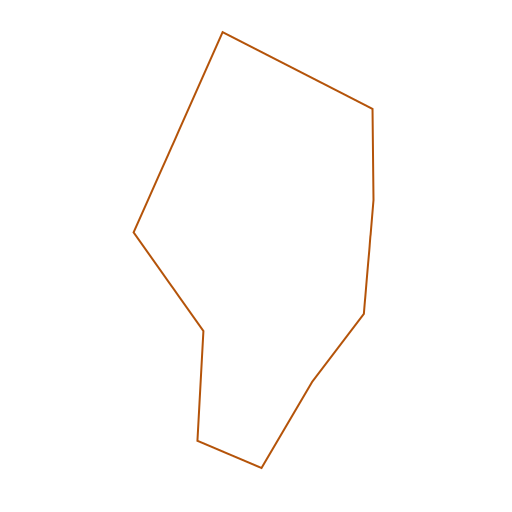 Uliastai, Dzavhan, Mongolia, rotated 203°
{"feature_id": "93677404B17043071055224", "entity_name": "Uliastai", "entity_type": "district", "adm_level": 2, "iso_a3": "MNG", "parent_name": "Mongolia", "parent_adm1": "Dzavhan", "projection": "mercator", "projection_center": [96.861, 47.747], "detail": "fine", "context": "isolated", "style": "outline", "palette": "amber", "viewbox_px": 512, "rotation_deg": 203, "n_neighbors": 0, "source": "geoboundaries", "source_scale": "gbopen_adm2", "svg_char_len": 786}
<svg xmlns="http://www.w3.org/2000/svg" viewBox="0 0 512 512"><g transform="rotate(203 256 256)"><path d="M376.0,341.4L376.1,331.8L376.2,326.1L376.3,324.0L376.3,322.5L376.4,316.0L376.4,314.4L376.5,310.9L376.5,309.4L376.7,300.6L376.7,300.2L376.9,289.8L376.9,289.3L377.2,271.2L377.2,270.8L377.3,263.9L377.9,229.9L368.2,223.9L344.4,209.2L343.1,208.4L326.0,197.8L322.1,195.4L320.4,194.4L317.0,192.3L311.9,189.1L275.1,166.4L237.7,63.0L208.4,63.0L206.0,63.0L168.1,63.0L155.1,162.3L134.1,244.9L136.5,252.1L138.8,259.1L138.9,259.5L144.9,277.7L149.9,293.0L152.8,302.0L153.7,304.8L155.2,309.3L156.6,313.4L158.4,318.8L158.8,320.3L159.4,322.1L169.7,353.4L206.2,436.9L251.4,440.2L255.3,440.5L263.8,441.1L264.1,441.1L374.2,449.0L376.0,341.4Z" fill="none" stroke="#b45309" stroke-width="2"/></g></svg>